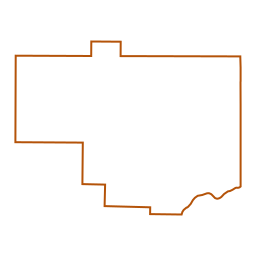 the district of Columbiana, Ohio, United States of America
{"feature_id": "52423323B72409574475457", "entity_name": "Columbiana", "entity_type": "district", "adm_level": 2, "iso_a3": "USA", "parent_name": "United States of America", "parent_adm1": "Ohio", "projection": "natural_earth1", "projection_center": [-80.666, 40.756], "detail": "fine", "context": "isolated", "style": "outline", "palette": "amber", "viewbox_px": 256, "rotation_deg": 0, "n_neighbors": 0, "source": "geoboundaries", "source_scale": "gbopen_adm2", "svg_char_len": 720}
<svg xmlns="http://www.w3.org/2000/svg" viewBox="0 0 256 256"><path d="M104.6,206.1L150.2,207.3L150.1,214.1L181.6,214.5L182.4,211.9L183.7,209.9L186.6,207.5L187.1,207.5L188.0,206.9L190.7,203.9L192.9,200.1L194.9,197.8L197.7,195.8L202.2,195.0L207.0,193.3L209.0,193.2L210.9,194.0L211.7,194.6L215.0,198.0L216.5,198.6L217.7,198.7L219.6,198.1L221.3,197.0L224.1,194.0L227.9,191.4L230.0,191.0L232.5,189.8L235.2,188.1L236.2,187.7L238.0,187.8L239.5,187.4L240.6,186.5L240.6,110.1L240.6,105.7L240.5,81.8L240.6,81.4L240.6,80.7L240.6,67.7L240.3,56.6L240.3,56.4L120.6,56.1L120.7,41.7L91.3,41.5L91.2,56.0L15.7,55.7L15.7,57.1L15.4,142.2L82.8,142.6L82.4,184.1L105.1,184.6L104.6,206.1Z" fill="none" stroke="#b45309" stroke-width="2"/></svg>